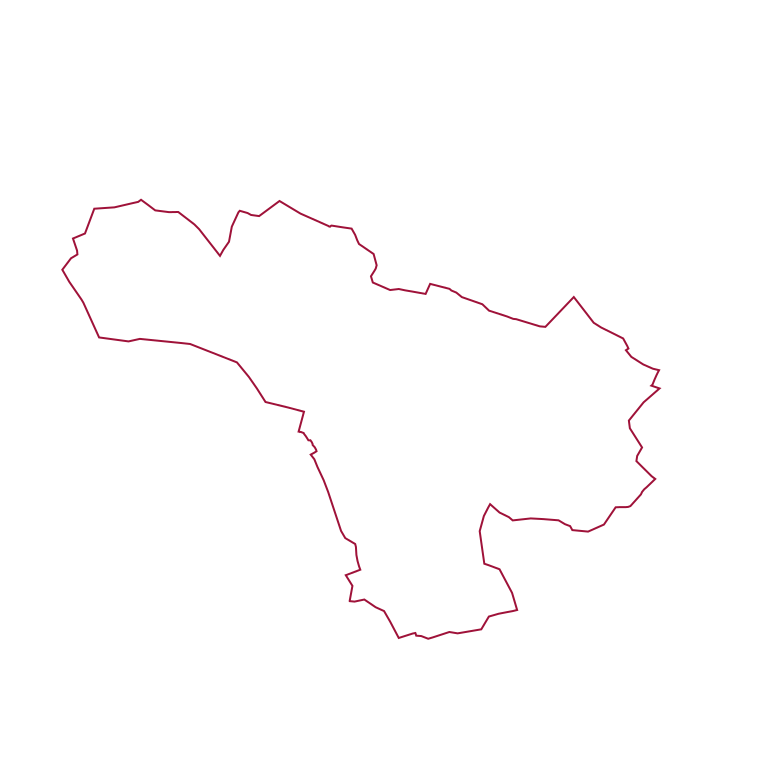 Babura, Jigawa, Nigeria (orthographic projection), rotated 250°
{"feature_id": "59680162B12953009585437", "entity_name": "Babura", "entity_type": "district", "adm_level": 2, "iso_a3": "NGA", "parent_name": "Nigeria", "parent_adm1": "Jigawa", "projection": "orthographic", "projection_center": [8.842, 12.599], "detail": "fine", "context": "isolated", "style": "outline", "palette": "rose", "viewbox_px": 768, "rotation_deg": 250, "n_neighbors": 0, "source": "geoboundaries", "source_scale": "gbopen_adm2", "svg_char_len": 2518}
<svg xmlns="http://www.w3.org/2000/svg" viewBox="0 0 768 768"><g transform="rotate(250 384 384)"><path d="M120.2,391.5L129.6,403.0L128.9,413.1L127.5,421.9L126.6,427.2L126.1,431.8L143.9,432.9L170.4,429.2L178.0,420.3L180.8,416.8L206.4,422.2L213.0,423.6L225.8,432.7L232.3,439.7L234.8,442.6L223.7,448.6L216.2,455.8L211.8,458.3L207.5,475.9L202.6,487.4L196.2,501.4L190.4,506.1L187.8,509.1L186.8,510.3L182.3,511.0L175.5,525.3L176.7,542.6L188.9,559.5L187.7,563.3L185.6,569.1L185.0,571.4L185.0,573.8L192.4,587.7L194.4,589.7L196.1,592.6L197.1,595.3L202.0,606.4L205.9,603.9L225.2,594.8L229.8,597.3L236.1,604.8L258.3,599.9L265.9,601.6L266.2,602.1L278.0,621.7L285.6,641.4L291.0,634.7L291.5,636.0L295.7,639.8L299.3,643.3L301.4,645.5L302.9,647.2L306.4,641.9L313.7,634.3L324.9,625.7L333.0,622.9L333.7,625.8L336.5,625.6L345.0,624.3L362.8,607.4L369.8,602.0L383.6,597.6L400.8,592.1L382.5,555.2L384.9,550.1L399.7,530.4L401.0,527.7L405.4,522.7L417.0,507.8L425.3,503.7L437.8,488.4L439.0,486.9L445.2,483.2L448.8,479.3L451.0,478.1L462.3,461.6L454.4,453.9L461.2,442.2L464.2,436.9L464.9,435.7L468.2,430.4L470.2,421.9L483.2,408.2L489.7,408.6L493.7,413.8L495.3,415.7L498.1,417.7L509.7,418.7L524.1,408.4L528.2,408.0L534.0,407.9L541.1,406.7L545.5,398.5L550.8,388.9L550.8,388.3L550.3,387.2L550.6,386.4L551.3,386.0L572.7,363.8L591.7,348.4L584.5,324.1L588.3,316.9L591.3,314.3L596.1,307.7L595.1,305.9L583.9,294.8L570.7,287.0L565.0,278.9L560.5,273.7L592.8,263.2L598.8,260.4L616.0,249.5L619.0,240.8L625.4,228.4L633.0,223.5L640.2,218.7L639.2,215.3L639.7,211.5L640.0,209.1L642.2,191.1L647.8,171.7L627.7,154.5L627.1,141.5L614.3,141.2L610.6,140.2L609.2,132.9L601.4,120.8L587.7,123.2L566.9,128.6L563.2,129.3L525.2,132.2L511.4,158.5L509.9,170.0L491.6,208.0L487.9,215.5L454.6,253.2L437.0,259.4L423.4,263.0L407.6,266.5L394.6,286.0L385.3,299.3L368.5,287.5L368.3,287.9L367.9,288.3L367.6,288.6L367.6,288.9L367.5,289.3L367.0,289.9L366.0,291.0L365.5,291.7L364.1,291.9L362.0,292.6L359.4,293.2L357.0,293.7L356.5,294.7L356.3,295.6L354.2,296.2L352.2,296.4L351.1,296.1L348.2,297.3L345.5,297.7L343.9,297.6L343.3,295.0L342.7,291.0L337.1,292.8L328.7,293.1L314.3,294.4L301.7,294.6L260.6,293.4L252.4,294.9L243.5,302.2L240.5,301.9L232.8,299.6L226.8,298.6L221.2,298.2L217.6,298.2L217.4,282.7L205.1,285.3L191.8,277.5L191.7,277.5L189.6,281.9L188.2,291.8L177.1,299.8L170.6,306.4L158.6,308.5L140.3,311.0L139.7,325.7L139.3,328.3L138.0,328.3L136.5,328.2L134.4,332.8L129.5,338.4L129.2,343.1L128.6,360.6L124.5,367.9L120.2,391.5Z" fill="none" stroke="#9f1239" stroke-width="2"/></g></svg>